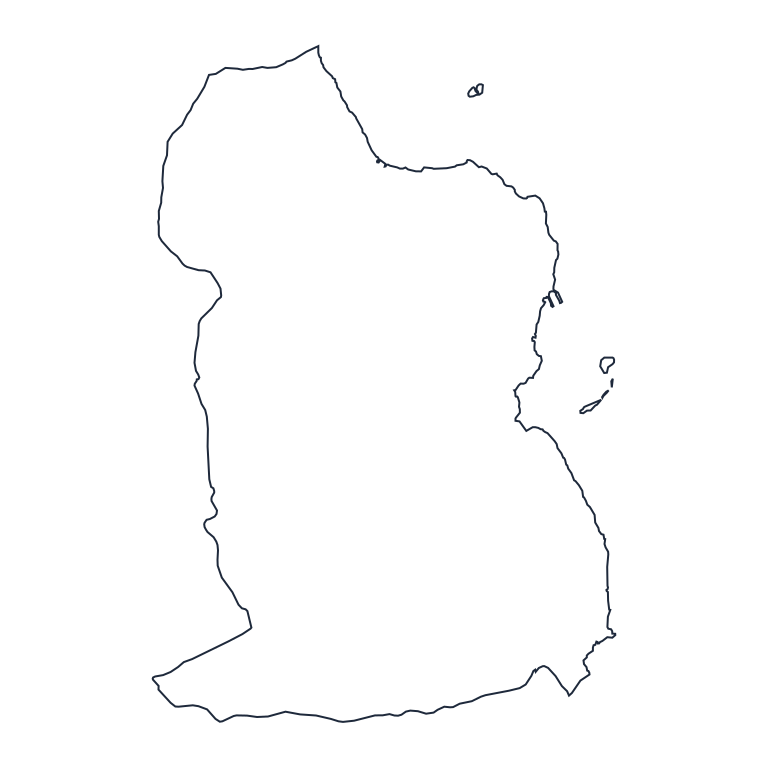 Asseb, Debubawi Keyih Bahri, Eritrea (Natural Earth projection)
{"feature_id": "51966322B31129292770878", "entity_name": "Asseb", "entity_type": "district", "adm_level": 2, "iso_a3": "ERI", "parent_name": "Eritrea", "parent_adm1": "Debubawi Keyih Bahri", "projection": "natural_earth1", "projection_center": [42.689, 12.973], "detail": "fine", "context": "isolated", "style": "outline", "palette": "slate", "viewbox_px": 768, "rotation_deg": 0, "n_neighbors": 0, "source": "geoboundaries", "source_scale": "gbopen_adm2", "svg_char_len": 6074}
<svg xmlns="http://www.w3.org/2000/svg" viewBox="0 0 768 768"><path d="M589.5,674.5L589.3,672.7L588.4,671.0L587.2,670.6L586.5,667.1L584.0,664.1L583.5,660.4L586.8,657.4L586.8,655.5L588.5,653.7L592.9,650.8L592.9,647.6L593.6,645.2L595.3,644.8L596.4,641.6L597.6,642.0L597.9,643.5L599.1,643.4L600.0,642.1L602.3,641.0L607.3,637.2L612.3,637.7L615.3,635.1L615.2,633.8L612.3,633.6L612.2,631.2L611.1,629.3L608.3,628.7L607.4,627.0L607.9,616.7L610.3,609.9L609.2,609.6L608.1,600.7L607.9,592.0L606.7,591.0L606.4,590.0L607.6,589.1L608.0,587.4L607.5,585.9L607.2,566.9L608.3,554.4L608.1,551.7L605.6,547.4L604.5,544.0L605.2,539.1L604.2,538.9L603.5,534.7L601.3,534.1L599.0,531.0L598.4,527.9L595.2,522.5L594.6,514.9L589.9,507.0L587.3,504.7L585.9,500.8L584.0,497.4L583.1,496.9L582.3,490.8L578.9,485.2L575.5,481.1L574.1,480.3L571.4,473.1L568.2,468.6L567.3,465.4L566.2,464.6L565.0,459.5L564.0,457.9L563.2,457.7L561.4,453.3L557.5,448.1L556.7,444.1L554.7,441.2L547.5,433.1L545.2,432.1L543.4,430.8L542.6,429.4L540.6,429.2L538.3,427.9L535.3,427.2L532.7,427.2L526.3,430.9L519.5,421.4L515.5,420.8L515.5,418.5L516.0,417.6L519.9,412.7L519.8,409.1L519.0,406.8L519.4,402.6L519.1,401.4L517.8,397.2L517.1,396.5L516.1,396.7L515.5,396.1L515.2,391.9L514.2,390.3L515.6,390.0L518.6,385.5L520.6,383.6L523.6,383.7L525.6,382.9L528.1,378.6L529.3,377.7L533.0,377.9L533.3,375.7L536.5,371.1L538.9,369.1L539.8,365.3L541.8,360.8L540.9,356.2L538.9,355.9L536.8,354.2L536.0,351.5L534.6,350.4L534.4,346.9L534.8,342.2L534.2,341.1L532.4,340.8L532.1,338.5L533.0,337.0L535.5,337.7L535.8,335.9L534.9,334.0L535.9,332.7L536.6,324.5L538.3,321.9L539.7,315.8L540.1,311.3L541.0,308.2L543.7,305.1L545.2,302.2L544.5,301.6L543.4,301.6L542.9,300.5L543.3,299.2L543.8,298.2L546.4,297.9L546.6,296.9L547.9,297.0L550.8,303.1L551.1,305.8L552.5,306.9L553.5,306.2L548.9,296.2L549.0,293.9L549.7,292.0L551.7,291.3L553.7,291.3L556.0,293.1L555.9,294.8L559.2,300.6L560.0,303.1L561.1,302.8L562.2,301.8L558.0,292.6L553.8,290.0L553.4,289.1L553.5,286.4L555.1,279.6L553.3,274.2L554.2,272.3L554.3,267.8L556.0,260.1L557.4,258.7L558.4,254.5L558.1,251.5L557.5,250.3L557.6,243.9L555.8,241.4L553.8,240.6L549.2,234.8L548.4,232.7L547.7,227.0L545.9,223.5L546.3,214.8L546.0,211.7L544.8,211.6L544.4,208.3L543.0,203.3L539.6,198.3L535.3,195.6L527.5,196.8L527.1,197.9L526.3,198.5L523.3,198.4L519.0,196.4L515.9,193.5L514.8,191.4L514.8,189.9L513.2,187.6L511.5,186.4L506.5,185.8L504.4,184.2L502.6,179.8L500.3,177.3L497.5,175.3L496.7,173.6L492.7,174.3L491.4,173.9L486.8,168.5L481.6,166.5L478.9,167.2L473.0,161.8L470.0,160.2L467.5,160.0L466.7,161.3L466.7,162.5L463.3,164.3L456.7,165.3L455.0,166.6L446.7,168.2L433.7,168.8L432.1,168.2L424.1,167.4L421.1,171.4L415.8,171.3L408.2,169.5L405.5,167.5L402.9,168.6L399.9,168.6L397.2,167.4L389.9,165.7L388.0,164.6L386.4,164.9L385.6,166.4L384.7,166.6L385.4,163.9L380.3,160.1L378.6,162.5L377.2,162.3L377.0,161.3L377.5,160.4L378.6,160.0L378.7,158.7L377.6,157.0L376.4,156.8L371.7,150.4L367.7,141.8L367.0,138.0L365.1,134.5L362.6,132.4L362.2,129.1L356.2,118.4L355.9,117.1L352.1,112.6L349.5,111.4L347.2,107.2L347.0,105.3L344.6,101.5L343.3,100.3L341.2,96.5L340.4,91.5L337.3,87.5L336.4,82.9L335.4,82.3L335.1,79.2L332.8,78.1L332.1,76.3L326.4,71.1L323.5,67.3L323.1,65.0L321.7,63.2L320.9,60.7L320.9,57.7L319.8,57.3L318.9,55.3L318.3,52.7L318.3,46.1L306.2,51.8L295.3,58.7L291.8,60.3L286.5,61.6L285.5,62.9L282.8,64.4L276.2,67.2L267.4,67.9L262.2,67.0L252.6,69.0L249.0,68.9L242.9,69.8L237.4,68.7L225.4,67.9L215.8,73.9L209.0,74.9L204.4,86.8L197.2,98.8L193.2,103.7L190.6,110.1L187.1,114.7L182.1,125.0L172.7,133.6L167.6,141.8L167.0,155.3L163.3,165.9L162.4,181.2L163.0,187.9L161.3,197.3L161.2,202.7L158.8,211.0L159.0,218.9L158.2,221.8L158.8,226.2L158.8,234.8L159.3,236.9L161.8,241.1L170.9,251.4L177.2,256.3L182.5,263.6L184.6,265.6L187.1,267.0L198.6,270.2L204.9,270.5L210.5,272.3L217.6,283.1L220.5,288.6L221.2,295.5L220.9,297.1L217.0,300.3L211.9,308.0L201.3,318.4L199.7,321.1L198.7,324.0L198.4,335.7L195.4,352.2L194.5,362.8L196.0,370.9L198.2,374.5L199.3,377.5L198.4,379.2L196.8,379.4L196.6,381.0L194.8,383.7L194.5,385.6L198.1,393.6L201.5,403.9L205.2,410.0L206.8,416.6L207.9,428.8L207.6,446.6L209.3,479.3L211.1,486.9L213.4,488.3L214.2,491.0L214.2,492.6L211.7,497.1L211.4,499.1L211.6,501.1L217.0,510.5L216.5,514.0L214.7,516.5L209.9,519.0L206.6,519.8L204.6,522.7L204.2,524.2L204.6,527.1L206.0,529.7L207.5,532.0L213.6,537.2L216.3,541.6L217.5,545.0L218.0,550.3L217.5,559.8L217.7,565.7L221.8,577.6L232.4,592.2L238.5,604.7L241.9,608.3L245.6,609.3L247.4,611.1L251.4,627.6L250.5,628.7L242.4,634.1L228.4,641.4L192.1,659.1L183.8,662.1L178.1,667.0L170.6,672.0L163.1,675.1L155.1,676.5L153.1,677.5L152.7,678.7L153.0,679.7L158.6,685.9L158.5,689.6L170.6,702.8L175.3,706.5L178.5,706.7L192.8,705.3L198.5,706.2L207.1,709.4L215.5,718.9L219.8,721.7L222.4,721.3L233.7,716.0L236.5,715.4L247.0,715.6L257.0,717.0L268.0,716.5L285.5,711.7L300.1,714.4L316.1,715.5L330.8,718.9L338.5,721.3L343.0,721.9L354.1,720.7L375.0,715.4L382.8,715.3L389.5,714.1L394.4,715.5L398.1,715.7L401.5,714.7L405.9,711.6L410.3,710.6L417.9,711.2L426.1,713.7L433.6,712.6L437.6,709.8L444.3,706.7L450.1,707.3L453.1,707.1L459.7,703.7L471.8,701.2L480.9,696.7L485.4,695.2L509.0,690.7L519.7,688.1L525.7,684.5L531.4,675.8L533.4,671.0L535.2,669.7L535.7,671.8L538.8,668.0L542.7,666.2L544.3,666.1L548.1,667.9L555.6,676.1L561.9,686.1L567.1,691.2L569.0,695.6L571.9,693.0L580.4,680.6L589.5,674.5ZM606.9,372.7L608.1,367.2L612.5,364.2L614.0,362.4L614.1,359.7L613.5,358.2L612.6,357.6L604.3,357.6L601.2,360.2L600.2,366.3L604.2,373.0L606.9,372.7ZM482.2,92.7L482.9,85.1L481.4,84.3L479.3,84.3L477.3,85.8L476.6,88.1L476.6,90.1L477.9,91.5L478.3,93.0L477.2,92.8L475.5,91.0L474.5,88.0L473.6,87.3L472.4,87.8L469.2,91.4L468.2,93.6L468.6,95.8L469.8,96.7L473.3,96.3L476.2,94.9L479.5,94.6L482.2,92.7ZM583.3,413.2L587.0,410.6L590.6,410.5L595.2,405.6L597.0,404.7L601.2,399.8L585.0,406.6L583.9,407.3L583.0,409.0L580.3,410.8L580.5,412.9L583.3,413.2ZM603.4,396.0L606.8,392.7L608.6,390.4L606.3,391.7L603.6,394.7L602.1,397.1L602.4,397.8L603.4,396.0ZM611.8,387.4L612.8,378.7L611.3,381.3L611.8,387.4Z" fill="none" stroke="#1e293b" stroke-width="2"/></svg>